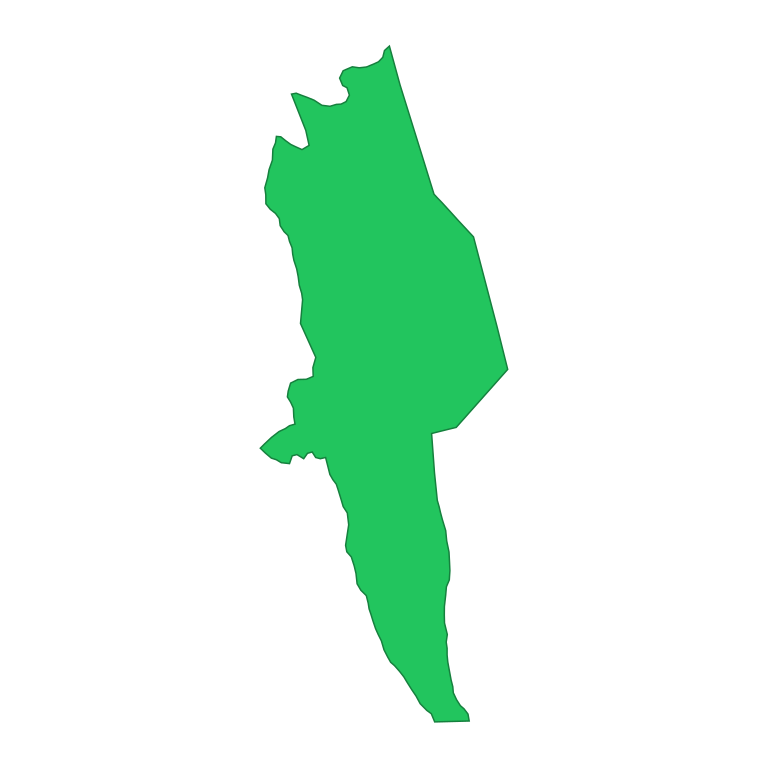 Itiruçu, Bahia, Brazil (Equal Earth projection)
{"feature_id": "56859067B82004769572175", "entity_name": "Itiruçu", "entity_type": "district", "adm_level": 2, "iso_a3": "BRA", "parent_name": "Brazil", "parent_adm1": "Bahia", "projection": "equal_earth", "projection_center": [-40.17, -13.503], "detail": "fine", "context": "isolated", "style": "filled", "palette": "green", "viewbox_px": 768, "rotation_deg": 0, "n_neighbors": 0, "source": "geoboundaries", "source_scale": "gbopen_adm2", "svg_char_len": 2130}
<svg xmlns="http://www.w3.org/2000/svg" viewBox="0 0 768 768"><path d="M469.2,721.0L468.0,714.1L464.0,708.8L460.4,705.7L456.6,699.8L453.3,692.8L452.8,686.7L451.1,680.0L449.3,670.3L447.8,662.1L447.1,655.0L447.1,648.2L446.2,642.1L447.3,634.5L444.5,623.0L444.3,614.9L444.4,606.5L445.7,595.0L446.4,586.8L449.3,579.9L449.9,570.7L449.5,561.7L449.0,552.0L446.7,540.9L445.7,530.6L442.4,519.7L440.5,512.6L439.1,506.6L437.3,500.4L434.5,473.0L431.6,433.5L447.1,429.6L456.2,427.4L507.7,369.4L497.2,327.3L473.5,236.9L457.7,219.9L451.3,212.8L441.7,202.3L437.6,198.1L434.0,194.2L421.9,155.1L400.0,84.8L389.4,46.1L384.5,50.5L382.8,57.3L378.5,61.8L373.5,64.1L366.4,67.0L359.2,67.8L352.3,66.8L343.2,70.7L339.6,78.1L342.7,85.5L347.0,87.7L349.4,95.1L346.1,101.6L341.1,104.1L336.3,104.4L330.0,106.3L321.9,105.3L314.1,100.2L307.0,97.3L301.0,95.1L296.2,93.2L291.5,94.1L305.8,130.4L309.1,145.4L302.0,149.6L295.5,146.7L290.7,144.4L285.5,140.6L280.8,136.8L276.4,136.4L275.5,142.9L272.9,149.1L272.4,160.2L269.1,169.6L267.6,177.8L264.8,187.8L265.8,194.8L265.9,203.8L270.3,209.3L275.5,213.4L279.3,218.6L280.2,225.7L284.1,231.7L288.0,235.5L289.5,241.4L292.1,247.8L292.7,254.2L293.9,260.3L296.7,268.9L298.2,276.7L299.3,285.3L301.7,293.3L302.6,299.8L300.5,323.5L315.8,357.4L312.9,367.6L313.2,376.4L306.3,379.3L297.9,379.5L290.6,383.1L288.2,391.1L287.4,396.9L290.6,402.1L293.4,408.1L293.8,416.9L295.0,424.1L289.5,425.7L285.3,428.6L279.1,431.5L271.5,437.4L264.8,443.7L260.3,448.2L265.3,453.0L271.3,458.1L276.3,459.7L281.3,462.7L289.5,463.6L292.2,455.8L297.0,454.6L303.7,458.7L307.5,453.3L312.2,452.0L315.7,457.5L320.3,458.7L325.6,457.5L327.9,466.5L329.9,474.5L332.9,479.7L336.3,484.2L338.4,490.6L341.3,500.1L343.2,506.6L347.3,512.9L348.7,524.8L347.0,536.0L345.6,545.3L346.8,551.8L351.3,556.9L354.2,565.9L356.0,573.5L357.1,583.8L360.9,590.3L366.3,595.6L368.2,603.1L369.1,608.9L370.9,614.2L373.0,621.0L375.6,628.7L378.2,634.5L381.4,640.9L384.0,649.8L387.8,657.2L390.7,662.3L394.5,665.6L399.5,671.3L403.8,676.8L407.1,682.3L411.7,689.6L416.1,696.1L420.2,703.7L426.8,710.4L431.3,713.7L434.7,721.9L469.2,721.0Z" fill="#22c55e" stroke="#15803d" stroke-width="1.5"/></svg>